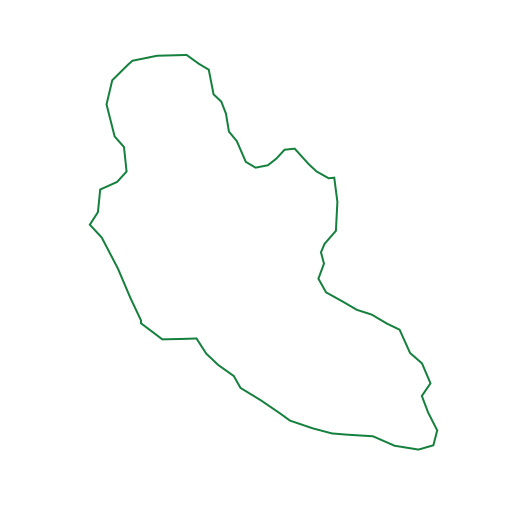 Valdemarsvik, Östergötland, Sweden, rotated 174°
{"feature_id": "70781695B36298278943399", "entity_name": "Valdemarsvik", "entity_type": "district", "adm_level": 2, "iso_a3": "SWE", "parent_name": "Sweden", "parent_adm1": "Östergötland", "projection": "mercator", "projection_center": [16.563, 58.217], "detail": "fine", "context": "isolated", "style": "outline", "palette": "green", "viewbox_px": 512, "rotation_deg": 174, "n_neighbors": 0, "source": "geoboundaries", "source_scale": "gbopen_adm2", "svg_char_len": 1015}
<svg xmlns="http://www.w3.org/2000/svg" viewBox="0 0 512 512"><g transform="rotate(174 256 256)"><path d="M358.5,463.1L363.1,459.8L380.6,445.8L388.8,422.4L384.1,389.7L375.9,378.1L375.9,353.5L386.4,344.2L404.0,338.4L408.6,316.2L418.0,304.5L407.5,290.5L394.6,257.8L385.3,227.4L377.1,204.0L377.4,201.1L357.9,182.9L336.4,181.1L323.8,180.2L315.7,164.1L304.9,151.5L290.6,138.9L285.2,126.4L266.3,112.0L248.4,96.8L239.4,88.7L217.9,78.8L199.0,71.6L184.7,68.9L158.6,64.5L138.0,52.8L114.7,46.5L99.4,49.2L94.0,63.6L101.2,82.4L105.7,99.5L95.8,111.1L101.2,128.8L102.1,131.8L112.9,143.4L120.9,167.7L132.6,174.9L147.0,185.6L161.3,191.9L174.8,201.8L190.1,212.5L196.3,226.9L189.2,241.3L191.0,252.9L186.5,261.0L173.9,272.7L169.4,301.4L170.0,325.7L175.6,325.7L186.9,333.7L193.8,341.6L206.3,358.7L216.5,358.7L225.6,350.7L234.7,345.0L247.2,343.9L256.3,350.7L263.1,372.3L269.9,382.5L271.0,400.7L274.4,413.2L281.3,421.2L283.5,446.2L292.6,453.0L304.0,463.2L333.5,465.5L358.5,463.1Z" fill="none" stroke="#15803d" stroke-width="2"/></g></svg>